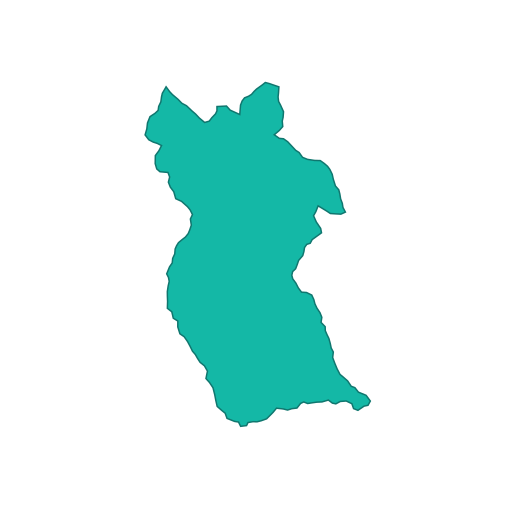 Iacri, São Paulo, Brazil, rotated 138°
{"feature_id": "56859067B52512979226911", "entity_name": "Iacri", "entity_type": "district", "adm_level": 2, "iso_a3": "BRA", "parent_name": "Brazil", "parent_adm1": "São Paulo", "projection": "robinson", "projection_center": [-50.627, -21.796], "detail": "fine", "context": "isolated", "style": "filled", "palette": "teal", "viewbox_px": 512, "rotation_deg": 138, "n_neighbors": 0, "source": "geoboundaries", "source_scale": "gbopen_adm2", "svg_char_len": 2821}
<svg xmlns="http://www.w3.org/2000/svg" viewBox="0 0 512 512"><g transform="rotate(138 256 256)"><path d="M381.4,139.7L376.5,136.3L373.4,137.6L369.1,134.9L366.2,132.1L362.4,130.1L357.1,127.9L347.9,128.4L342.6,129.2L338.1,124.1L335.6,120.4L331.6,118.6L327.3,115.6L321.5,116.6L318.2,115.6L316.3,111.8L313.2,109.8L308.6,106.7L304.6,103.4L298.6,100.5L297.7,95.6L295.6,92.7L290.7,91.5L286.0,87.9L283.6,82.1L285.6,77.3L283.5,73.1L276.1,72.1L272.7,70.1L268.1,71.7L267.4,78.8L271.0,86.3L270.6,92.0L272.4,95.5L271.5,101.8L272.2,107.8L272.8,111.8L271.3,117.7L269.3,123.4L267.0,129.2L262.8,132.9L261.7,137.3L259.4,141.2L257.0,146.0L255.9,149.9L254.5,154.1L251.9,157.2L252.1,163.1L248.1,166.4L246.4,171.0L245.6,176.5L244.2,181.1L242.2,184.9L240.7,189.7L242.9,195.1L246.4,198.7L245.9,204.0L244.5,209.2L244.0,214.4L242.3,217.7L239.2,219.9L235.1,220.0L231.0,222.1L227.3,224.2L221.0,225.0L217.5,227.2L214.3,229.8L210.5,230.7L207.2,229.2L203.3,230.6L191.8,229.4L189.5,233.2L188.4,241.0L186.3,247.4L181.9,248.9L176.3,251.7L174.7,246.5L173.4,242.1L172.3,237.8L168.5,233.9L164.9,230.3L160.2,228.8L158.9,233.9L156.6,237.4L154.9,241.8L152.2,246.0L150.2,249.8L150.1,254.9L147.1,261.5L144.7,265.7L143.2,270.9L142.8,274.8L143.3,278.8L144.4,283.9L148.6,287.9L153.1,293.4L155.4,298.2L154.7,304.0L155.8,308.0L155.9,314.8L156.0,319.7L157.1,324.7L160.0,327.9L161.3,333.9L154.5,333.7L149.5,334.3L146.2,338.7L143.0,341.0L139.0,344.8L136.8,351.7L135.8,355.7L133.2,359.4L130.3,362.0L125.8,366.4L128.5,371.2L130.7,375.2L133.0,378.7L136.6,378.9L143.9,379.7L147.2,379.6L151.2,379.1L154.6,379.7L158.7,381.2L162.5,380.5L166.5,378.5L173.4,372.0L177.6,381.7L177.6,387.2L185.0,393.2L187.9,390.0L191.0,388.7L196.4,388.3L200.5,387.5L204.8,389.6L205.8,396.5L205.9,401.9L206.5,406.6L207.1,414.2L208.9,419.1L209.1,424.5L210.1,431.9L210.2,436.0L209.6,441.9L212.9,440.8L216.7,439.6L219.7,437.5L223.6,434.2L228.2,432.3L231.3,429.7L235.5,429.6L241.5,430.5L247.6,427.5L252.1,423.5L257.4,420.2L257.9,414.1L256.2,409.5L254.0,405.7L252.3,401.3L257.7,399.2L263.6,398.0L269.1,392.1L271.5,387.1L271.0,382.9L265.5,377.0L267.3,372.5L271.7,369.5L273.6,364.5L274.1,358.8L277.3,352.3L274.8,346.5L273.9,338.5L274.1,334.4L275.5,329.3L280.0,327.4L283.4,322.2L287.8,319.7L291.4,318.0L295.8,317.3L299.7,317.6L304.6,317.8L308.1,316.8L311.4,315.3L315.0,311.9L319.5,310.0L322.9,306.9L327.5,305.8L330.8,304.2L334.3,302.5L335.4,298.6L337.5,295.2L341.2,292.6L345.7,288.9L348.6,285.6L352.1,281.4L356.9,276.4L355.9,270.9L359.1,265.1L357.6,260.0L361.6,255.6L364.6,249.1L363.4,244.1L364.1,238.3L365.4,233.0L366.9,227.8L367.0,223.4L368.0,218.8L368.7,214.4L367.8,208.9L369.1,202.9L372.0,200.8L375.2,198.4L375.2,193.2L376.1,186.9L379.5,180.5L382.6,175.4L385.5,170.2L384.8,164.3L384.1,159.8L386.2,154.7L382.6,147.4L380.1,144.3L381.4,139.7Z" fill="#14b8a6" stroke="#0f766e" stroke-width="1.5"/></g></svg>